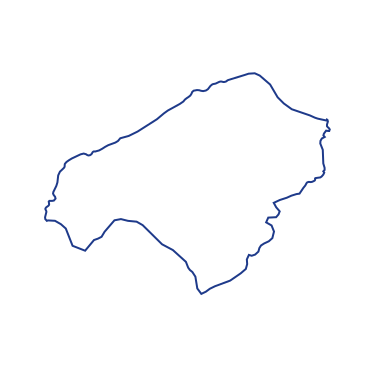 the border of Podlachian, rotated 256°
{"feature_id": "POL-3150", "entity_name": "Podlachian", "entity_type": "Voivodeship", "adm_level": 1, "iso_a3": "POL", "parent_name": "Poland", "parent_adm1": "", "projection": "albers", "projection_center": [22.977, 53.341], "detail": "fine", "context": "isolated", "style": "outline", "palette": "blue", "viewbox_px": 384, "rotation_deg": 256, "n_neighbors": 0, "source": "natural_earth", "source_scale": "10m", "svg_char_len": 2519}
<svg xmlns="http://www.w3.org/2000/svg" viewBox="0 0 384 384"><g transform="rotate(256 192 192)"><path d="M201.2,43.1L203.0,43.3L207.9,45.9L208.8,46.0L210.6,45.6L211.5,45.8L212.3,46.7L212.8,47.8L213.2,48.9L213.7,49.8L214.6,50.4L217.4,50.7L217.9,51.5L217.6,52.8L217.2,54.4L217.1,55.9L218.6,58.0L220.5,58.0L222.5,57.1L224.1,56.8L225.6,57.5L230.7,61.8L233.8,63.7L240.5,66.2L242.1,67.5L243.7,68.8L244.4,70.1L246.0,72.9L246.7,74.0L247.6,74.6L249.3,75.1L250.1,75.5L251.5,77.5L252.6,80.3L253.6,83.5L254.2,86.5L255.5,93.0L255.5,96.2L254.3,98.3L253.3,99.2L252.9,99.7L252.5,100.4L252.4,101.9L252.8,103.1L253.5,104.2L254.4,104.9L254.8,105.5L255.1,106.2L255.0,107.0L254.7,107.8L254.8,111.9L255.7,115.4L256.8,118.6L257.7,122.1L258.5,129.6L259.4,132.5L261.5,135.4L261.7,144.1L263.8,153.8L271.1,175.6L275.1,183.8L276.9,188.3L280.4,201.5L281.9,205.5L283.4,207.5L284.3,209.5L285.0,211.5L286.0,213.7L287.5,215.3L289.0,216.4L289.9,218.1L289.7,221.5L289.0,223.6L288.0,225.3L287.2,227.2L287.1,230.0L287.9,232.3L290.5,235.6L291.5,237.7L291.6,238.8L291.5,240.4L291.5,241.3L292.3,245.2L292.3,246.4L292.1,247.2L291.1,249.1L290.9,250.3L291.0,251.8L291.3,252.6L291.7,253.3L291.9,254.4L292.8,271.4L293.1,275.6L292.0,281.6L288.6,285.9L277.4,293.8L263.2,298.0L255.7,302.5L248.2,308.8L237.8,324.9L234.4,329.2L232.8,331.7L228.8,339.8L229.1,339.9L229.7,340.4L229.1,340.9L227.5,340.9L224.8,339.3L223.2,338.9L222.1,339.4L220.8,340.3L219.4,340.8L218.0,339.9L218.2,339.2L218.7,337.8L219.1,337.0L216.7,334.1L215.1,333.2L213.3,334.1L212.5,330.9L210.5,329.0L208.0,328.2L201.3,329.1L187.9,326.3L183.4,326.5L181.3,326.0L180.3,324.4L178.8,325.0L177.1,323.6L175.7,321.6L175.1,320.1L175.6,315.4L175.4,314.7L174.2,314.5L173.5,313.9L173.1,312.7L172.8,310.9L172.9,309.6L173.3,308.5L173.6,307.4L173.4,306.0L172.8,305.2L170.9,303.5L169.1,301.1L164.4,295.9L164.7,292.9L164.4,287.6L163.5,282.6L163.0,275.3L161.7,268.7L156.8,270.0L152.0,272.4L149.3,270.5L147.2,267.5L148.7,259.8L144.6,256.6L140.3,261.1L133.8,262.0L127.8,258.8L125.6,254.6L124.6,249.5L123.4,246.0L121.3,243.8L118.1,242.0L116.0,238.1L115.7,234.5L117.2,232.0L113.3,228.9L108.7,228.1L104.3,225.6L101.3,219.6L96.8,207.6L95.0,191.5L93.8,185.9L91.9,181.3L90.9,176.4L97.1,173.8L109.0,174.8L114.3,173.0L116.8,171.1L119.5,170.0L125.7,169.2L140.3,159.4L148.5,150.3L171.8,136.1L176.6,131.1L179.5,122.9L182.9,116.5L183.3,109.9L174.6,97.6L170.4,93.4L169.5,89.5L169.1,85.3L160.9,74.1L168.7,63.1L187.1,60.7L192.5,57.0L197.2,52.1L199.3,45.3L199.1,44.2L201.2,43.1Z" fill="none" stroke="#1e3a8a" stroke-width="2"/></g></svg>